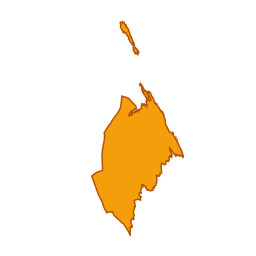 the district of Agdenes nor, Sør-Trøndelag, Norway, rotated 76°
{"feature_id": "86288312B44051007085093", "entity_name": "Agdenes nor", "entity_type": "district", "adm_level": 2, "iso_a3": "NOR", "parent_name": "Norway", "parent_adm1": "Sør-Trøndelag", "projection": "equal_earth", "projection_center": [9.612, 63.516], "detail": "fine", "context": "isolated", "style": "filled", "palette": "amber", "viewbox_px": 256, "rotation_deg": 76, "n_neighbors": 0, "source": "geoboundaries", "source_scale": "gbopen_adm2", "svg_char_len": 5856}
<svg xmlns="http://www.w3.org/2000/svg" viewBox="0 0 256 256"><g transform="rotate(76 128 128)"><path d="M232.4,151.9L231.9,151.5L230.7,151.3L229.2,151.4L228.9,151.2L229.1,151.0L227.7,150.3L225.1,150.2L224.6,149.3L225.0,149.2L225.4,148.5L224.5,147.6L220.6,148.1L218.8,147.8L218.3,147.1L217.8,147.0L217.3,146.6L217.4,146.0L218.2,144.5L218.1,144.4L216.1,144.3L213.9,143.1L211.8,143.3L209.1,142.2L207.7,141.2L206.0,140.8L206.1,139.9L200.0,139.4L199.7,138.9L199.5,137.6L199.7,136.9L199.4,135.9L200.8,133.7L200.8,133.2L200.4,133.4L199.2,133.3L198.8,132.3L199.1,132.2L198.2,132.2L197.7,131.9L197.4,132.0L197.1,132.6L197.3,132.8L197.0,133.1L196.0,133.4L194.4,133.3L193.6,132.5L193.7,132.1L194.2,131.8L194.0,131.5L194.1,131.0L194.6,131.1L194.7,131.3L194.6,131.0L193.8,130.8L192.7,131.0L191.3,130.7L190.2,129.7L188.0,128.8L187.8,128.6L188.3,128.0L187.1,128.4L186.6,127.8L186.5,128.3L186.2,128.3L186.3,127.6L187.4,127.1L187.3,126.9L187.9,126.2L188.9,125.4L192.7,124.6L192.9,124.3L192.6,123.7L192.7,123.4L193.8,122.5L194.3,121.7L194.4,120.5L194.1,119.8L194.5,119.0L192.9,118.6L192.5,118.1L192.6,117.7L191.2,117.2L191.2,116.8L191.5,116.7L191.1,116.6L190.5,115.0L190.0,114.6L189.4,114.6L187.1,113.0L183.6,112.1L180.8,111.8L181.8,110.7L181.6,110.5L182.3,109.4L182.0,108.9L180.4,108.1L180.7,108.0L180.7,107.9L180.2,107.9L180.3,107.6L180.0,107.3L179.7,106.2L178.4,106.2L177.9,105.9L174.2,105.3L171.3,104.5L171.0,104.3L171.0,103.8L170.4,103.8L171.2,102.7L172.1,102.0L172.5,100.5L171.5,99.9L169.2,99.3L169.0,98.2L170.3,97.4L170.3,97.1L170.0,96.5L169.2,95.9L167.7,95.7L165.9,95.1L165.3,94.5L166.8,93.4L165.5,93.1L166.2,92.3L164.7,91.8L159.8,92.7L159.0,92.3L158.0,92.7L157.6,92.5L159.0,92.2L158.0,92.4L157.7,92.2L158.3,91.9L160.8,91.1L166.2,88.8L165.7,88.6L166.3,88.5L166.3,88.3L166.2,88.5L165.8,88.4L166.3,88.2L166.7,87.6L165.5,87.4L165.4,87.1L166.2,86.4L166.4,85.6L167.8,84.9L167.8,84.6L167.3,84.1L167.6,83.6L167.3,83.2L167.5,82.8L169.8,81.8L169.5,81.4L167.5,81.2L165.5,81.3L165.1,81.6L163.3,81.4L157.6,82.8L156.2,82.8L152.9,83.6L152.0,83.5L152.4,83.8L151.1,84.2L149.3,84.3L149.0,83.8L148.3,83.8L148.5,83.9L147.9,83.9L149.1,84.3L149.2,84.6L146.6,85.6L145.4,85.7L144.5,85.3L143.1,85.6L143.0,85.8L143.4,86.0L144.9,86.0L142.8,87.5L142.5,88.1L141.4,88.5L141.4,88.9L138.3,89.5L137.1,90.0L135.9,90.1L136.7,89.9L136.4,89.8L134.9,90.5L131.7,90.5L129.4,90.0L127.0,90.1L126.2,90.4L124.7,90.1L124.4,90.3L122.8,90.1L122.5,90.3L122.7,90.5L122.0,90.7L121.8,90.4L122.3,90.3L121.7,90.4L121.7,90.6L120.1,90.9L120.3,91.7L120.0,91.9L120.5,91.6L120.9,91.6L120.0,91.9L120.4,92.1L119.3,91.9L118.4,92.4L115.8,93.0L113.1,94.4L112.3,94.2L112.3,94.4L111.6,94.3L111.5,94.5L112.0,94.7L111.2,95.2L111.5,95.2L111.4,95.4L111.0,95.6L110.4,95.3L110.0,95.6L110.8,95.6L110.7,95.8L109.6,95.9L109.7,95.7L109.3,95.7L108.5,96.1L104.8,96.4L103.4,97.1L101.4,97.6L99.5,97.6L98.4,98.2L98.7,98.5L98.2,99.1L96.8,99.4L98.2,99.7L98.0,100.1L100.4,100.3L104.5,99.1L106.1,99.0L105.9,99.4L106.2,99.6L105.9,100.2L106.9,100.4L106.4,100.9L105.3,101.6L104.0,100.9L102.6,100.8L102.4,100.4L101.8,100.3L100.5,100.3L100.2,100.8L98.3,100.6L100.2,100.9L96.7,101.5L95.8,102.1L96.2,102.3L95.9,102.9L91.5,103.8L91.0,104.2L89.4,104.3L89.1,104.8L87.1,105.3L88.9,105.6L89.0,105.9L88.2,106.1L89.2,106.2L89.9,106.1L90.0,105.5L90.4,105.3L90.4,104.9L90.7,104.7L92.5,104.7L92.1,104.5L92.5,104.4L92.8,104.5L92.8,105.1L94.5,105.3L95.1,104.9L95.8,105.0L95.6,104.8L95.8,104.6L96.3,104.7L96.7,104.5L96.3,104.7L96.0,104.6L96.3,104.3L99.1,104.4L99.1,104.1L100.3,103.6L101.8,103.5L103.5,102.8L105.2,102.7L106.0,102.8L106.3,103.1L105.5,103.4L107.1,104.0L109.9,103.9L109.7,104.8L111.2,104.4L111.8,104.6L109.5,105.7L108.5,106.4L108.5,106.9L109.6,107.1L108.9,107.5L109.3,107.8L107.9,108.6L109.0,109.3L110.0,109.5L110.1,109.8L111.3,109.9L112.4,110.6L112.3,111.2L112.8,111.9L112.6,112.6L113.1,113.2L113.6,113.3L112.8,113.8L112.8,114.1L114.1,114.6L113.5,114.7L113.7,114.9L113.4,115.0L113.5,115.2L113.1,115.7L113.3,115.8L113.1,116.0L113.9,116.5L113.7,116.9L114.4,117.0L113.6,118.1L114.7,118.5L114.2,118.9L114.2,120.1L115.6,120.6L115.0,121.2L116.4,121.2L116.4,121.5L116.0,121.7L116.0,122.5L116.9,123.5L116.3,124.0L114.6,123.6L114.5,123.0L113.5,122.1L113.5,121.6L112.9,121.5L113.1,120.2L112.2,119.5L111.4,117.9L111.5,117.4L111.1,116.2L111.5,115.8L111.3,115.2L108.6,115.1L99.0,120.5L95.6,126.2L105.9,130.0L109.7,133.0L117.3,142.1L119.5,143.8L120.4,145.5L126.8,152.2L130.6,152.7L131.2,153.2L132.8,153.4L142.3,157.8L148.4,159.9L162.9,162.9L163.6,169.5L165.9,174.8L185.3,172.8L194.0,170.8L196.9,170.8L200.6,170.3L204.3,169.3L204.9,169.4L205.1,169.1L204.7,168.0L204.9,167.0L204.7,166.0L206.0,164.2L205.7,163.7L205.9,162.8L208.3,163.1L210.7,161.9L216.3,158.1L217.7,157.4L219.0,156.4L219.5,155.6L228.1,152.7L232.4,151.9ZM48.9,101.8L47.6,101.8L47.9,102.1L46.1,102.0L45.8,102.2L46.1,102.3L46.0,102.5L44.1,102.3L42.0,102.7L40.0,102.7L38.6,103.6L37.9,103.3L35.7,103.4L34.6,103.6L34.1,104.1L33.0,103.7L31.8,103.9L29.6,104.7L29.6,105.1L27.9,105.0L28.0,105.3L27.4,105.4L27.5,105.7L27.1,106.0L23.9,106.1L24.7,106.3L24.8,106.8L24.5,107.3L24.7,107.6L24.2,107.7L24.4,107.8L23.7,108.3L24.2,109.0L23.6,109.7L24.4,110.2L25.4,110.0L27.1,110.3L28.4,111.0L29.3,110.5L32.2,110.0L31.9,110.0L32.7,109.7L33.7,109.7L34.3,109.2L34.0,108.8L33.9,109.0L33.5,109.0L33.5,108.6L35.2,107.9L35.0,107.6L35.5,107.3L35.4,107.0L36.8,106.5L38.6,106.4L39.2,105.8L39.2,105.5L39.8,105.3L40.4,105.2L41.2,105.8L42.2,105.6L45.5,104.8L45.5,104.6L46.5,104.0L47.8,103.8L47.7,103.6L48.2,103.3L49.0,103.5L49.2,103.2L49.1,102.8L50.9,102.8L48.9,102.7L48.5,102.1L48.9,101.8ZM57.5,99.5L57.0,99.0L56.6,99.1L53.7,100.4L53.9,100.6L53.0,100.7L53.0,100.9L51.8,101.4L52.0,101.9L51.9,102.6L50.9,102.8L51.3,103.5L52.8,103.5L53.7,104.1L54.5,103.9L55.4,103.3L57.4,103.1L57.9,102.5L57.1,102.1L57.2,101.7L59.2,100.7L58.4,100.0L57.1,100.4L56.6,100.3L56.6,100.0L57.5,99.5Z" fill="#f59e0b" stroke="#b45309" stroke-width="1.5"/></g></svg>